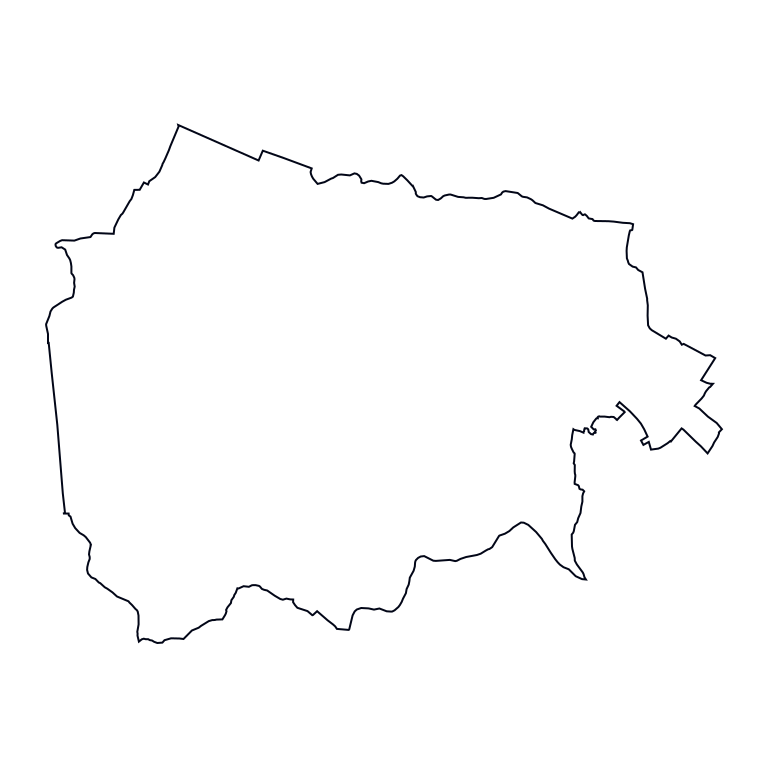 Niculitel, Tulcea, Romania
{"feature_id": "2599482B9005867250176", "entity_name": "Niculitel", "entity_type": "district", "adm_level": 2, "iso_a3": "ROU", "parent_name": "Romania", "parent_adm1": "Tulcea", "projection": "orthographic", "projection_center": [28.494, 45.189], "detail": "fine", "context": "isolated", "style": "outline", "palette": "ink", "viewbox_px": 768, "rotation_deg": 0, "n_neighbors": 0, "source": "geoboundaries", "source_scale": "gbopen_adm2", "svg_char_len": 6042}
<svg xmlns="http://www.w3.org/2000/svg" viewBox="0 0 768 768"><path d="M629.9,223.2L622.9,222.8L613.8,221.6L608.3,221.2L595.0,221.0L593.6,220.6L592.5,219.1L588.7,218.4L586.8,215.9L585.1,214.4L584.5,214.4L583.2,215.1L582.6,215.0L581.9,214.4L580.2,212.2L579.9,212.6L578.8,212.3L576.7,215.1L575.2,216.7L572.4,218.6L549.0,208.6L542.9,205.3L535.4,203.0L532.4,200.2L530.9,199.2L527.1,197.4L523.0,196.8L521.9,196.4L517.7,193.0L505.6,191.1L503.4,191.6L502.1,192.6L501.0,194.4L493.7,197.8L486.0,199.0L484.3,198.9L481.8,198.0L478.8,198.2L471.9,197.7L465.7,197.8L463.6,197.3L458.1,196.9L450.5,194.5L449.2,194.5L444.7,195.5L443.2,196.2L440.8,198.4L438.1,200.0L436.0,199.7L431.9,196.4L431.1,196.0L427.1,196.4L423.7,197.5L420.0,197.2L417.5,196.2L416.5,194.9L415.8,193.7L415.8,192.0L413.0,186.1L412.8,186.3L407.3,180.3L403.2,176.3L401.5,175.1L400.0,175.6L397.4,178.7L394.3,181.4L392.1,182.7L388.5,183.9L383.2,183.7L381.2,183.3L378.3,182.1L371.4,180.8L368.1,181.5L364.1,183.2L361.6,182.7L361.2,181.3L361.4,179.3L359.1,175.6L356.8,173.9L354.4,173.4L349.9,175.4L341.3,174.5L338.0,174.8L333.0,178.0L331.2,178.6L324.6,182.1L317.6,183.9L313.2,178.7L311.9,176.4L311.0,174.1L310.6,172.0L311.7,168.4L284.2,158.2L262.8,150.7L258.6,160.5L178.2,125.0L178.6,126.5L170.3,146.3L168.9,150.2L165.3,158.5L163.6,162.1L162.6,163.8L162.2,165.3L159.4,171.7L155.2,177.1L149.3,181.2L148.0,184.5L143.9,182.5L139.7,189.8L134.3,189.9L132.9,195.1L131.4,199.0L129.7,201.2L123.2,212.5L122.4,213.7L120.9,215.0L118.3,219.4L114.4,227.6L113.7,233.8L94.8,233.0L93.5,233.4L92.3,234.3L90.5,237.0L90.1,237.1L80.4,238.5L74.4,240.6L62.1,240.2L60.2,240.9L56.2,243.3L55.6,244.0L55.5,244.6L55.7,245.9L56.4,247.0L57.2,247.7L58.3,247.8L61.6,247.3L65.2,249.6L67.0,255.0L69.4,258.5L70.2,260.2L70.9,263.0L71.4,266.4L71.4,273.1L71.8,273.8L73.1,275.2L74.3,277.8L74.5,279.1L74.1,282.9L74.7,286.6L74.0,289.7L73.8,292.7L72.9,296.6L71.6,297.6L65.9,299.7L62.1,301.8L53.4,307.5L52.3,308.6L50.5,311.5L49.4,316.0L46.1,324.2L46.2,325.7L48.0,334.0L48.0,343.0L48.7,342.9L51.7,372.9L57.3,424.8L62.8,493.4L65.0,513.0L63.0,513.5L68.6,513.5L68.8,515.4L70.5,516.6L72.6,523.7L75.2,528.1L79.6,532.9L83.7,535.3L85.8,537.1L90.1,542.7L90.7,544.2L90.6,545.2L90.8,545.2L89.4,551.3L89.0,554.4L89.7,557.0L89.7,559.0L88.4,562.3L87.3,567.0L87.1,569.9L88.0,573.5L91.4,577.4L95.4,579.0L98.8,582.5L100.3,583.2L104.8,587.3L107.3,588.7L112.5,592.4L117.0,596.5L128.5,601.3L129.4,602.5L132.1,605.1L135.4,608.9L136.9,610.2L137.7,611.5L138.5,615.5L138.6,624.4L137.3,631.8L137.6,633.6L137.5,635.6L138.9,641.6L141.8,639.3L143.8,638.7L145.7,639.2L148.2,639.2L149.8,640.1L152.0,640.5L154.1,641.8L157.3,643.0L162.4,642.6L164.5,640.2L171.1,638.3L179.5,638.5L183.5,639.0L191.9,630.5L198.7,627.7L201.0,625.9L208.8,621.1L212.2,620.1L214.9,620.0L216.3,619.6L222.4,619.4L225.0,615.2L225.8,613.6L226.5,611.2L226.1,610.0L226.4,609.4L227.5,607.3L230.9,603.1L231.4,600.2L233.8,596.8L234.3,595.0L235.7,592.9L237.4,588.3L238.5,588.5L243.6,586.2L248.9,586.8L251.8,585.3L253.2,585.1L255.5,585.1L259.0,585.9L259.9,586.5L261.9,588.9L264.1,589.8L267.2,590.5L274.7,595.7L280.3,599.0L282.9,599.7L286.4,598.6L290.3,599.4L293.2,599.5L293.1,602.2L295.1,605.2L297.4,607.8L307.5,611.1L312.3,615.2L313.0,615.0L317.1,611.2L327.6,620.3L333.1,624.5L335.2,626.4L336.9,628.9L348.5,629.9L349.1,629.6L349.3,629.1L352.6,615.4L354.7,611.4L356.8,609.5L361.2,608.0L368.6,608.4L374.0,609.6L379.4,608.5L386.7,611.3L391.2,611.6L392.3,611.5L394.6,610.3L398.4,607.0L399.9,605.0L401.7,601.9L403.0,598.7L405.9,593.2L406.6,589.1L408.7,584.6L409.4,581.0L409.8,577.7L413.6,570.8L414.8,566.6L415.1,562.6L415.4,561.2L416.0,560.0L418.1,557.9L420.7,556.5L424.2,556.1L433.3,560.7L435.8,560.9L449.8,559.9L455.2,561.1L456.8,560.8L460.5,558.9L466.2,557.0L476.9,555.0L480.7,553.7L485.9,550.5L488.1,549.3L489.4,549.0L491.5,547.6L492.2,547.1L499.0,536.0L499.4,535.6L504.9,533.7L509.3,531.1L513.3,527.4L521.0,522.5L523.8,522.7L528.3,524.9L536.1,532.0L541.9,538.9L542.9,540.8L545.3,544.0L550.9,552.9L555.3,559.3L557.7,562.3L559.9,564.6L563.5,567.2L568.8,569.3L575.7,576.2L582.0,579.1L585.9,579.5L584.5,577.3L583.6,574.2L582.8,572.5L576.9,564.5L575.1,561.2L574.8,560.5L574.7,558.0L572.4,549.0L572.0,546.5L571.7,534.5L573.2,532.7L573.8,531.1L575.0,524.8L577.2,522.1L578.2,518.2L580.5,513.0L581.3,506.5L582.4,501.7L582.4,496.2L583.1,493.4L584.2,491.3L582.6,489.7L580.6,489.4L579.5,488.8L578.8,486.1L578.1,485.2L574.7,483.9L574.6,482.4L575.3,476.4L575.3,474.9L574.9,473.7L574.7,471.4L574.8,465.0L573.7,463.3L574.1,461.5L574.7,453.8L574.3,453.0L573.7,452.6L571.8,448.8L571.0,446.8L570.7,444.8L571.8,439.2L572.2,435.2L573.4,429.2L574.4,429.9L579.9,431.1L583.4,432.6L583.4,432.1L584.1,431.4L584.1,430.1L584.7,429.2L584.5,428.8L584.7,428.3L587.1,428.4L588.0,429.1L588.3,429.7L588.7,432.0L591.0,434.1L592.9,434.5L593.3,433.7L593.9,433.0L595.5,432.8L595.6,432.5L595.0,431.7L595.9,430.4L595.4,429.3L593.7,429.4L591.2,426.8L593.3,422.3L596.2,418.6L596.8,418.2L597.8,418.3L597.7,417.2L598.1,416.7L599.2,416.3L600.0,416.6L604.6,416.6L609.5,417.2L611.0,416.8L613.7,417.0L616.3,419.2L616.7,420.1L616.5,420.6L619.2,417.6L624.7,412.1L624.2,411.4L616.6,405.8L619.5,402.1L629.9,411.3L637.0,418.8L640.9,423.6L644.2,429.3L647.6,436.6L641.0,440.5L643.4,444.9L648.8,441.9L651.0,449.6L658.3,448.6L660.5,447.7L667.6,443.2L670.3,441.0L670.9,441.5L681.6,428.4L683.4,429.6L695.7,441.6L700.9,446.3L707.6,453.4L712.5,446.0L714.1,442.5L717.7,437.0L719.0,433.5L718.9,432.4L721.9,429.2L716.7,423.0L707.9,416.6L699.3,408.5L694.7,406.0L695.6,404.7L701.6,398.5L703.9,395.6L704.8,393.4L706.0,391.3L709.2,387.4L710.1,387.0L712.9,383.8L710.1,383.7L706.6,382.8L701.1,380.2L715.2,358.1L710.2,355.2L705.5,355.5L683.7,343.9L681.8,344.7L679.7,341.4L675.9,338.7L671.7,337.5L668.6,335.6L665.9,338.7L651.8,330.2L649.8,328.4L648.1,325.3L647.6,315.7L647.8,305.3L647.1,299.9L647.2,298.9L645.1,288.8L642.5,272.3L638.2,270.0L636.0,267.4L632.6,266.6L629.0,264.0L628.3,262.5L627.8,260.6L626.9,258.4L626.6,250.9L626.8,247.4L628.8,235.5L629.8,231.2L630.2,230.4L632.0,230.1L632.3,229.8L633.1,224.2L629.9,223.2Z" fill="none" stroke="#020617" stroke-width="2"/></svg>